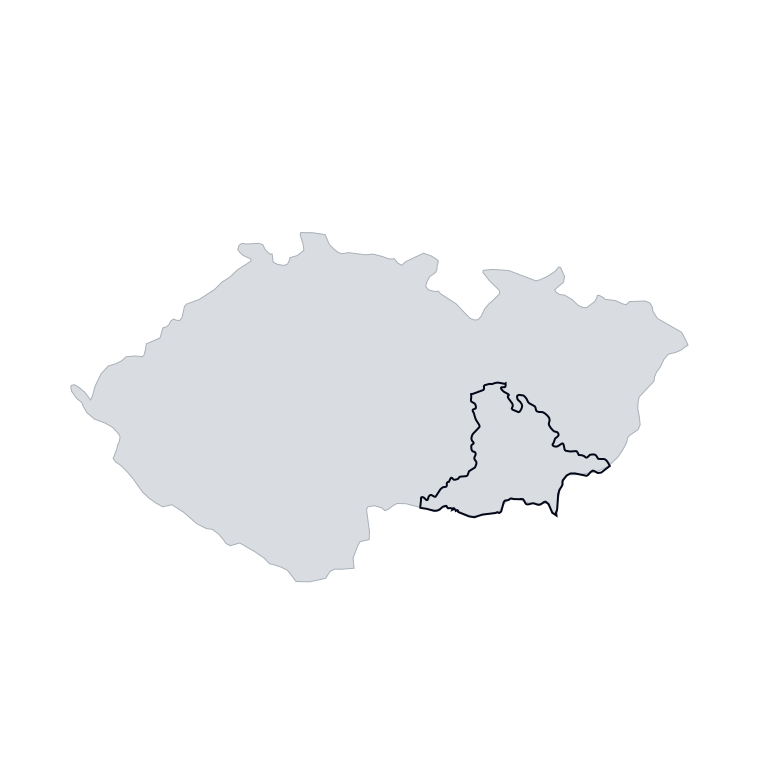 Czechia, with Jihomoravský highlighted, rotated 345°
{"feature_id": "CZE-10370", "entity_name": "Jihomoravský", "entity_type": "Region", "adm_level": 1, "iso_a3": "CZE", "parent_name": "Czechia", "parent_adm1": "", "projection": "orthographic", "projection_center": [16.577, 49.119], "detail": "fine", "context": "in_parent", "style": "outline", "palette": "ink", "viewbox_px": 768, "rotation_deg": 345, "n_neighbors": 0, "source": "natural_earth", "source_scale": "10m", "svg_char_len": 7259}
<svg xmlns="http://www.w3.org/2000/svg" viewBox="0 0 768 768"><g transform="rotate(345 384 384)"><path d="M687.6,425.4L685.3,425.7L680.2,428.0L673.5,429.0L666.2,428.8L660.7,432.7L655.5,438.9L650.1,443.3L647.2,447.1L645.6,451.1L627.2,462.5L624.7,467.2L622.8,473.5L622.1,482.0L620.9,489.6L617.8,493.7L607.7,497.3L605.2,499.2L603.4,503.1L597.8,509.2L591.2,515.0L579.0,521.6L565.9,523.8L548.7,521.9L538.7,519.4L533.8,522.2L527.2,530.7L520.1,545.4L517.2,556.3L514.8,553.2L510.7,541.6L506.0,540.2L499.6,539.1L494.8,537.4L484.5,530.7L479.2,528.7L473.1,528.2L467.3,532.1L462.9,536.7L449.2,536.6L434.2,534.4L412.9,518.8L407.4,518.6L401.4,519.2L392.1,515.5L374.2,505.3L365.7,502.8L360.3,504.1L355.4,506.3L351.9,506.5L350.0,503.2L343.3,499.1L336.6,498.5L334.6,500.8L331.8,522.7L329.4,530.5L320.1,530.0L316.7,533.6L309.1,544.0L307.4,554.2L294.7,551.9L288.7,550.0L283.3,551.1L277.3,556.6L260.8,555.8L247.9,552.0L242.7,539.2L236.9,534.0L229.6,529.3L227.0,528.2L223.1,521.1L215.6,512.3L203.4,500.2L193.6,500.4L190.1,497.2L188.6,492.8L184.9,485.3L180.5,479.9L175.0,477.7L167.3,470.8L157.2,456.0L147.9,445.7L138.5,445.4L132.8,439.9L127.1,432.9L122.9,426.1L116.8,409.8L112.3,400.5L108.7,394.6L104.5,389.7L103.1,385.9L109.0,377.7L111.2,373.7L113.7,370.6L115.2,367.2L115.3,364.7L110.9,356.0L104.6,349.6L95.3,343.0L89.6,334.9L87.7,327.7L87.3,323.8L83.3,318.2L80.4,310.3L80.7,305.7L81.6,304.4L84.8,304.6L88.2,308.0L92.8,314.4L96.5,323.5L99.2,320.2L104.5,311.1L113.5,300.8L122.4,295.2L130.2,295.0L136.6,293.7L142.0,290.9L151.1,292.6L157.6,295.1L159.8,293.8L162.8,288.4L164.8,283.7L179.6,281.5L185.0,272.5L187.8,272.6L191.2,271.4L194.4,268.0L197.5,266.7L199.7,268.5L202.8,269.8L206.1,267.7L211.4,257.3L214.1,255.7L227.0,254.6L244.7,248.9L253.8,243.7L262.6,240.9L272.1,235.8L287.0,231.0L287.8,228.9L281.1,223.3L278.9,219.8L277.5,216.3L280.0,212.5L283.2,211.4L287.4,213.2L299.7,215.8L303.0,218.1L304.1,223.6L307.1,228.8L309.6,229.4L308.5,237.7L312.3,241.0L318.0,243.6L321.9,243.2L324.7,239.9L325.8,237.6L333.5,237.5L341.2,234.1L342.0,228.4L341.7,217.7L342.6,216.2L354.2,219.4L365.8,224.5L367.3,235.1L370.3,240.4L373.9,245.2L377.5,247.4L383.6,247.9L399.5,254.4L407.1,255.7L415.0,260.2L421.6,264.7L426.4,265.7L428.6,270.6L431.6,273.9L436.8,271.4L456.1,267.9L463.0,272.7L467.6,277.8L468.3,279.4L465.8,283.9L464.6,287.4L462.6,289.7L456.0,292.1L452.2,296.1L449.5,300.4L451.3,304.6L456.7,307.7L460.5,308.4L462.0,311.4L474.3,325.1L484.0,342.8L487.9,345.6L491.5,346.2L495.6,343.6L500.4,337.8L506.1,333.7L510.8,331.5L519.3,326.6L519.6,323.4L512.5,311.4L508.4,301.7L509.4,299.9L518.4,301.4L533.7,306.6L557.4,323.7L561.7,323.7L569.9,322.3L578.8,319.3L583.1,316.1L584.7,317.2L586.2,326.7L583.9,332.0L573.2,337.2L573.9,339.7L576.7,342.9L581.6,345.0L587.6,351.1L591.8,358.1L595.4,361.3L599.3,362.8L609.1,358.8L611.8,355.8L613.0,353.7L614.9,354.1L618.4,357.5L619.5,359.5L629.2,363.3L634.8,368.0L638.3,370.2L642.2,367.9L657.4,371.3L661.7,374.5L663.2,379.8L662.5,383.1L665.0,391.4L684.9,411.1L687.2,421.3L687.6,425.4Z" fill="#d9dde1" stroke="#a8b0b8" stroke-width="1"/><path d="M401.7,520.0L399.6,519.5L392.5,515.4L387.1,513.1L387.3,511.8L387.7,511.0L388.1,509.8L389.5,506.3L390.0,504.8L390.0,504.3L390.3,503.6L390.7,503.2L391.2,503.1L391.9,503.2L392.5,503.6L393.2,504.2L394.9,507.0L395.4,507.3L395.9,507.2L396.4,506.8L397.2,505.7L397.5,505.1L398.1,504.3L399.1,503.6L399.7,503.3L400.3,503.3L401.0,503.5L403.7,506.0L404.2,506.2L404.8,506.1L411.5,500.1L414.1,499.0L417.3,499.3L417.9,499.0L418.4,498.4L418.9,496.4L419.2,495.8L419.7,495.4L420.2,495.2L421.0,495.2L421.4,495.3L423.8,492.4L424.5,492.0L425.1,492.1L425.6,492.7L426.0,493.6L426.4,494.2L426.9,494.6L428.0,494.9L430.7,494.8L431.3,494.6L432.9,493.3L433.4,493.2L439.7,494.3L440.6,494.0L441.4,493.4L443.3,490.6L443.7,490.2L450.2,488.2L452.2,485.7L452.8,484.3L453.0,483.7L453.0,483.0L452.8,482.4L452.1,480.6L452.0,480.0L452.0,479.3L452.2,478.6L452.6,477.9L453.9,476.4L454.3,475.6L454.5,474.9L454.5,474.2L454.3,473.6L453.9,473.1L453.5,472.7L452.3,472.1L452.0,471.6L451.7,470.9L451.6,470.1L451.8,468.3L452.2,466.6L452.5,466.0L453.0,465.5L454.9,464.8L455.2,464.5L455.3,464.0L455.3,463.5L455.1,463.0L454.5,461.9L454.3,461.3L454.2,460.7L454.3,459.8L454.5,458.8L454.9,457.9L455.8,456.4L457.0,455.2L465.0,450.3L465.3,449.7L465.4,448.8L465.3,447.9L463.6,442.5L463.4,441.4L463.2,435.0L462.7,433.2L462.8,432.5L463.0,432.1L463.4,431.7L466.2,431.3L466.5,430.8L466.8,430.2L466.9,429.4L467.0,428.5L466.9,427.6L466.7,426.8L466.4,426.2L463.9,423.7L463.7,423.0L463.7,422.3L464.8,419.5L465.2,417.9L465.5,416.3L467.6,416.5L478.4,415.5L479.2,414.8L479.5,414.3L479.7,413.4L479.8,412.2L480.3,411.6L481.1,411.2L485.9,411.2L486.6,411.4L487.7,411.9L488.6,412.0L491.6,411.8L493.9,412.0L496.0,412.8L500.6,415.1L501.6,414.8L501.2,416.6L500.8,417.6L500.3,418.1L499.7,418.3L496.8,417.6L496.2,417.8L495.9,418.4L496.0,419.2L496.4,420.2L497.6,422.3L501.5,426.1L501.7,426.6L501.7,427.0L501.5,427.3L500.5,427.8L500.3,428.3L500.3,429.1L500.5,430.1L502.8,435.9L502.9,436.7L502.9,437.4L502.8,438.1L502.5,438.8L502.1,439.5L501.5,440.1L501.1,440.7L501.2,441.4L501.6,442.1L506.6,446.0L507.4,445.9L508.2,445.6L509.0,444.9L510.5,443.3L511.5,441.6L511.8,440.8L511.8,440.0L511.8,439.1L511.5,438.2L510.9,436.5L509.2,433.8L509.1,433.3L509.0,432.7L509.2,431.0L509.5,430.1L510.1,429.7L510.9,429.5L511.8,429.5L515.3,431.0L516.0,431.5L517.1,433.3L517.9,435.4L518.5,438.7L518.9,439.4L519.3,440.2L523.6,444.3L523.9,444.8L524.1,445.4L524.2,446.1L524.1,448.8L524.4,449.6L524.9,450.2L526.4,451.1L529.9,452.2L531.7,453.9L533.5,456.5L534.6,459.0L534.8,460.0L534.7,460.8L534.6,461.5L534.5,462.1L533.0,464.8L532.8,465.7L532.9,466.9L533.7,469.6L535.0,472.2L536.1,473.8L538.6,475.2L539.0,475.6L539.3,476.2L539.5,477.0L539.6,477.8L539.4,478.5L539.0,479.0L537.9,479.8L535.4,480.8L535.0,481.2L532.6,484.7L531.2,485.9L531.1,486.6L531.3,487.2L531.8,487.9L532.5,488.4L534.2,489.1L535.7,489.1L540.2,487.6L540.9,487.6L541.4,487.9L541.7,488.6L541.8,489.6L541.5,494.0L541.7,494.7L542.1,495.2L542.6,495.7L546.4,497.4L552.1,498.5L552.6,498.8L552.9,499.4L553.4,500.8L553.7,502.9L557.0,504.2L558.7,505.5L559.7,507.0L560.3,507.4L560.9,507.5L561.7,507.3L564.6,505.7L567.3,506.0L569.4,506.8L569.8,507.2L570.4,508.2L570.9,509.5L571.2,510.9L571.5,511.6L572.1,512.0L577.1,513.4L577.9,514.0L578.7,514.9L579.3,516.0L580.2,518.5L580.9,521.6L570.8,525.8L567.4,525.3L564.5,522.4L563.2,521.7L561.0,522.4L559.3,523.5L557.5,524.7L555.9,525.1L545.3,519.8L540.9,518.7L536.8,519.6L531.8,523.3L531.0,524.6L530.5,527.2L529.1,528.9L526.0,531.7L523.7,535.6L519.1,549.1L518.1,551.1L516.6,552.9L516.4,555.6L513.2,551.9L511.9,542.6L509.7,539.5L508.1,539.4L504.6,540.7L502.8,540.9L501.1,540.3L497.8,538.0L496.3,537.6L492.8,537.7L491.3,537.4L490.1,536.6L489.5,534.9L489.1,532.9L488.4,531.2L486.6,530.5L484.9,530.3L479.4,528.7L477.8,527.7L477.0,527.4L476.1,527.5L474.4,528.2L473.5,528.3L470.8,527.9L469.2,528.9L464.5,537.0L463.5,537.9L462.0,538.4L461.5,538.2L460.3,537.2L458.4,537.5L445.3,535.6L436.8,536.1L431.9,533.9L422.7,527.0L422.5,526.3L422.6,525.4L422.1,524.8L420.5,525.2L420.4,523.7L419.7,523.0L418.7,523.0L417.5,523.2L418.5,522.0L417.7,522.0L417.0,521.7L416.0,521.0L414.3,520.8L413.6,520.6L413.2,519.8L412.8,518.1L412.3,517.7L409.5,517.7L408.7,517.9L405.4,519.6L403.8,520.0L401.7,520.0Z" fill="none" stroke="#020617" stroke-width="2"/></g></svg>